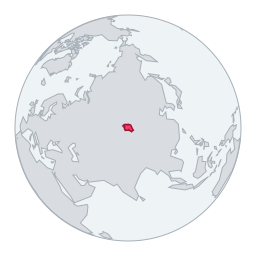 the Earth from above Govi-Altay, rotated 325°
{"feature_id": "MNG-3319", "entity_name": "Govi-Altay", "entity_type": "Province", "adm_level": 1, "iso_a3": "MNG", "parent_name": "Mongolia", "parent_adm1": "", "projection": "orthographic", "projection_center": [95.669, 45.25], "detail": "fine", "context": "on_globe", "style": "filled", "palette": "rose", "viewbox_px": 256, "rotation_deg": 325, "n_neighbors": 0, "source": "natural_earth", "source_scale": "10m", "svg_char_len": 12478}
<svg xmlns="http://www.w3.org/2000/svg" viewBox="0 0 256 256"><g transform="rotate(325 128 128)"><circle cx="128" cy="128" r="113" fill="#eef3f6" stroke="#a8b0b8"/><path d="M183.2,29.8L183.3,30.0L176.6,28.3L175.5,27.1L174.0,27.1L175.4,28.6L176.6,29.6L173.4,33.4L176.7,40.9L181.3,44.1L177.6,43.0L188.6,50.0L192.7,55.8L185.9,48.8L183.5,47.8L185.2,51.4L183.1,51.1L182.8,52.8L180.2,52.3L176.4,48.6L174.6,48.3L175.9,50.8L174.1,52.2L172.5,48.4L169.2,50.4L162.3,45.1L160.0,36.4L154.0,34.0L146.0,26.8L144.6,27.5L140.6,25.6L137.5,25.7L136.9,24.6L134.9,25.8L136.1,26.8L135.6,27.7L133.9,28.0L132.8,26.5L133.5,26.1L132.3,25.9L132.5,25.1L131.4,25.6L130.3,23.9L128.8,26.0L125.8,25.1L125.7,23.9L129.1,23.4L137.4,20.4L138.4,19.5L136.5,18.4L125.7,17.2L125.4,16.6L122.6,16.2L121.2,16.6L122.9,17.2L119.6,18.1L122.1,18.9L121.1,19.5L122.3,20.8L118.5,21.3L114.1,21.2L112.9,20.2L111.0,20.2L109.2,21.8L104.1,21.0L95.8,22.4L94.9,22.3L98.4,20.4L105.8,18.4L110.4,16.9L103.7,18.6L101.5,18.7L99.6,19.1L97.6,19.7L97.0,20.1L95.5,20.4L101.5,18.5L102.9,18.2L101.0,18.7L104.5,17.9L107.2,17.3L115.8,16.0L124.5,15.4L133.3,15.5L142.0,16.2L150.6,17.6L159.1,19.7L167.4,22.5L175.4,25.8L183.2,29.8ZM229.0,78.1L228.2,76.8L228.1,76.3L229.0,78.1ZM228.2,76.8L228.3,77.1L228.2,76.8ZM228.4,77.4L228.2,77.0L228.5,77.6L228.4,77.4ZM228.8,78.4L228.5,77.8L228.8,78.4ZM229.0,79.4L229.1,79.6L228.7,78.9L229.0,79.4ZM177.5,30.2L175.6,28.7L175.1,27.5L177.0,28.8L177.5,30.2ZM178.1,33.0L176.6,32.0L178.4,31.8L178.7,32.4L178.1,33.0ZM185.1,46.7L183.9,44.9L185.7,46.7L185.1,46.7ZM183.2,53.2L184.2,53.8L183.6,54.4L183.2,53.2ZM124.3,20.5L123.4,20.7L123.6,20.3L124.3,20.5ZM125.8,21.0L126.8,20.5L127.7,20.7L127.0,21.0L125.8,21.0ZM179.0,54.3L177.7,55.3L178.4,53.6L179.0,54.3ZM124.3,21.6L129.1,21.1L130.5,21.4L129.3,22.8L124.3,21.6ZM176.5,55.4L173.5,58.0L175.4,59.5L168.2,56.8L173.2,55.4L173.7,53.1L174.8,54.8L176.5,55.4ZM137.2,27.0L135.9,25.9L138.6,26.6L137.2,27.0ZM139.0,27.3L148.0,28.6L149.0,30.5L145.8,29.6L148.5,32.1L144.6,32.3L142.3,31.0L142.3,29.7L140.8,30.9L139.0,27.3ZM164.8,55.1L163.5,55.2L164.1,54.4L164.8,55.1ZM135.6,28.1L137.3,28.2L138.4,29.8L135.1,30.1L135.8,29.4L135.6,28.1ZM151.1,32.7L151.3,34.0L148.2,34.6L147.8,35.2L144.6,32.5L151.1,32.7ZM134.7,29.2L133.4,30.2L131.4,29.7L134.0,28.3L134.7,29.2ZM140.0,30.1L140.3,31.0L139.1,30.6L140.0,30.1ZM123.3,28.8L125.4,28.7L126.1,29.5L123.3,28.8ZM133.1,30.6L133.8,30.8L134.3,31.1L133.1,31.7L133.1,30.6ZM142.6,33.2L141.3,33.2L143.8,34.3L141.6,34.9L139.8,33.0L139.7,34.1L139.0,34.3L138.3,32.6L142.6,33.2ZM133.4,33.3L130.4,31.4L126.4,31.4L125.7,30.7L132.1,30.7L133.4,33.3ZM136.3,33.0L134.3,33.0L134.4,32.0L135.8,31.4L136.3,33.0ZM140.7,36.0L144.6,35.6L144.8,36.0L140.7,36.0ZM132.2,33.5L133.0,34.0L131.9,33.6L132.2,33.5ZM138.1,35.4L139.4,35.2L139.7,35.7L138.1,35.4ZM133.4,35.2L132.4,34.6L133.3,34.1L133.4,35.2ZM135.5,35.5L135.5,36.2L134.2,34.3L136.1,35.3L135.5,35.5ZM138.1,35.9L138.7,36.2L137.5,36.0L138.1,35.9ZM130.4,37.6L128.5,35.3L130.6,34.1L132.1,36.5L130.4,37.6ZM30.5,71.5L31.5,69.9L38.5,68.6L36.8,73.4L38.7,84.1L38.3,86.4L34.7,89.3L33.4,104.1L37.0,103.4L39.2,114.4L42.8,119.5L50.1,113.2L44.2,104.7L46.5,99.2L54.0,102.7L59.7,110.5L60.8,108.7L60.0,100.7L64.2,99.7L60.1,97.7L59.6,100.6L57.0,99.6L57.3,97.0L58.8,96.6L57.9,93.7L51.1,96.4L49.9,99.6L45.8,94.6L43.4,99.5L41.2,99.6L44.5,91.3L46.4,89.5L50.0,78.5L47.7,79.7L44.1,90.4L43.9,88.4L40.7,90.6L43.0,87.3L47.6,75.8L45.8,71.2L38.5,71.9L38.5,69.0L40.8,64.3L48.5,58.7L47.6,65.8L50.3,64.3L54.8,59.0L54.2,61.8L55.9,60.6L56.0,63.3L60.4,63.8L61.1,66.3L66.9,63.6L68.1,64.6L64.3,65.8L62.1,68.2L64.4,74.8L66.1,75.2L69.7,73.0L69.8,75.3L73.0,72.3L76.4,75.2L75.0,69.4L79.1,67.1L83.4,67.4L84.5,65.7L77.6,65.2L75.1,66.0L73.3,68.3L66.2,70.1L64.5,68.5L71.0,63.0L69.3,60.3L75.1,57.6L90.2,60.0L94.4,62.8L92.8,72.5L89.5,73.1L88.4,69.9L85.6,75.2L87.6,73.6L87.8,75.6L91.8,74.2L92.1,75.6L95.5,72.1L96.3,73.6L94.2,75.8L100.8,75.5L103.7,78.4L105.0,77.7L105.7,76.1L108.8,81.0L109.7,80.3L109.0,78.4L110.3,75.8L113.7,73.2L114.6,75.0L113.5,76.2L112.5,81.6L109.3,84.6L110.0,85.2L113.0,82.9L114.2,76.3L116.1,74.3L116.0,77.3L116.1,76.1L117.3,75.6L119.4,77.0L119.7,73.6L131.6,67.4L136.7,69.7L135.3,72.9L144.6,71.3L149.6,74.5L148.9,72.7L152.9,71.0L151.4,69.9L151.4,69.0L161.0,64.8L163.9,65.5L167.3,62.2L167.0,61.3L165.0,60.6L168.2,56.8L175.4,59.5L175.8,61.3L180.0,62.0L180.3,66.1L182.5,70.0L180.4,74.5L182.3,77.5L183.7,77.4L187.4,81.6L190.1,90.7L181.6,83.4L176.4,71.0L178.0,75.9L175.7,74.9L175.1,76.9L176.4,80.5L177.7,80.8L170.1,88.3L169.3,98.9L174.0,97.2L177.4,99.5L180.6,111.4L173.7,129.5L178.2,133.8L178.8,137.1L175.6,139.9L174.7,135.1L171.0,134.1L171.0,131.1L165.6,134.5L165.3,130.4L161.2,135.2L163.3,138.1L168.2,136.5L164.8,142.8L170.4,147.4L171.5,153.8L163.9,166.5L155.3,171.0L154.9,173.0L151.3,171.1L146.8,175.3L153.9,185.2L153.8,188.1L146.4,194.2L146.1,192.1L136.5,187.2L134.9,194.1L142.2,199.3L144.8,205.3L139.2,203.7L136.6,198.3L133.2,196.4L134.0,190.6L130.8,181.4L125.2,182.9L125.5,179.2L120.3,170.9L112.2,172.5L99.3,180.5L97.8,189.5L93.3,192.3L87.2,177.4L86.9,167.7L83.2,167.4L78.2,157.0L65.2,150.1L64.7,147.0L61.9,146.7L58.6,141.7L58.5,136.6L55.8,135.0L56.7,148.4L59.7,150.1L64.1,148.2L63.6,152.3L67.0,157.9L58.3,162.7L41.2,158.5L41.8,151.2L41.0,124.9L42.4,123.2L42.5,123.0L42.6,122.5L40.1,124.7L40.8,119.8L38.7,136.7L37.3,142.7L40.9,158.7L40.0,159.1L41.8,163.1L50.7,167.2L50.2,169.3L44.6,175.6L34.4,178.5L37.1,187.7L38.7,193.4L35.4,191.5L38.8,196.7L38.0,195.8L33.4,189.2L29.3,182.3L25.7,175.1L22.6,167.7L20.0,160.0L18.0,152.2L16.6,144.3L15.5,133.9L15.8,129.5L15.9,125.3L15.7,122.4L16.1,117.5L16.2,115.2L16.5,111.9L18.1,103.5L20.3,95.1L23.1,87.0L26.5,79.1L30.5,71.5ZM32.4,72.4L31.3,73.6L32.4,72.4ZM63.3,123.3L68.3,127.6L70.2,120.5L72.3,121.7L72.2,118.9L70.3,120.0L70.7,112.9L74.3,113.1L75.8,110.4L74.2,108.8L67.5,109.7L66.9,119.7L64.0,121.0L63.3,123.3ZM101.2,18.8L100.7,19.0L98.5,19.5L99.4,19.2L101.2,18.8ZM90.1,23.0L87.9,23.4L90.0,22.8L90.8,22.3L96.2,20.5L94.7,22.2L94.4,21.6L90.1,23.0ZM103.0,19.0L99.8,19.7L103.4,18.9L103.0,19.0ZM65.3,52.5L64.0,54.3L61.9,54.8L61.0,52.3L64.0,51.5L65.3,52.5ZM62.5,56.8L69.2,52.4L70.0,54.0L68.4,53.8L68.3,55.3L65.7,55.4L60.0,61.5L57.7,62.4L57.3,56.9L58.6,58.1L59.9,56.2L62.5,56.8ZM84.8,40.6L87.7,39.3L85.8,44.3L83.3,44.9L82.2,42.3L84.5,40.0L84.8,40.6ZM121.2,24.5L122.4,24.1L122.7,24.4L121.9,25.1L121.2,24.5ZM124.2,28.7L116.1,26.7L117.1,26.1L111.1,26.0L111.4,24.4L115.3,24.5L111.0,23.4L114.6,22.8L111.5,22.3L120.1,22.6L123.1,22.2L119.6,23.2L119.2,24.6L120.0,25.1L124.4,26.4L130.9,26.5L131.5,28.2L130.3,29.3L128.8,29.5L128.9,28.4L126.9,29.5L125.8,28.0L124.2,28.7ZM115.2,44.8L115.9,42.8L111.8,45.9L110.7,43.9L110.3,44.4L108.1,43.5L104.9,43.4L104.9,42.4L103.6,42.7L102.1,42.3L100.4,42.5L99.8,40.8L97.6,41.0L98.5,40.1L94.9,41.0L97.3,39.6L95.7,39.0L94.2,40.6L95.2,32.2L93.7,30.1L91.2,29.1L95.7,27.2L101.0,27.0L105.9,28.1L106.7,30.6L108.6,29.4L109.5,30.3L107.6,30.9L111.1,30.6L111.3,31.5L115.8,33.2L120.6,32.5L122.3,33.2L120.6,33.9L123.5,34.2L121.4,36.1L122.6,36.7L121.6,39.3L117.5,40.6L119.2,41.2L118.6,43.4L115.2,44.8ZM130.0,38.3L125.4,40.0L122.5,39.9L125.3,35.4L124.5,34.6L126.2,31.9L130.4,32.3L129.5,33.0L129.6,33.7L128.3,33.3L129.4,34.2L128.3,35.3L128.9,36.3L127.2,36.6L130.0,38.3ZM40.0,86.6L40.2,88.0L40.8,89.7L38.8,91.2L40.0,86.6ZM43.0,78.7L43.4,79.5L40.9,82.2L40.8,80.9L43.0,78.7ZM45.8,77.7L43.6,79.3L44.7,77.6L45.8,77.7ZM64.9,66.5L65.6,67.4L64.9,68.1L63.5,68.4L64.9,66.5ZM102.8,54.4L103.6,53.1L104.4,53.2L107.8,51.2L108.9,52.6L107.2,54.4L102.8,54.4ZM47.9,113.2L45.6,113.2L45.6,111.7L46.4,112.0L47.9,113.2ZM41.0,101.8L41.6,105.5L40.5,102.2L41.0,101.8ZM104.6,55.6L105.9,54.6L105.6,56.0L104.6,55.6ZM109.9,53.6L109.9,55.0L109.5,52.6L109.9,53.6ZM50.9,203.2L51.4,209.4L48.0,206.5L45.3,203.0L43.7,198.3L47.0,199.8L48.1,198.4L50.9,203.2ZM171.9,213.6L175.1,213.1L174.9,213.4L171.9,213.6ZM168.7,213.3L172.3,212.5L168.0,214.2L168.7,213.3ZM173.7,212.2L177.4,210.6L179.0,209.6L178.7,210.3L173.7,212.2ZM166.2,213.9L152.4,216.1L146.8,215.7L148.2,214.4L157.1,213.7L166.2,213.9ZM147.7,214.4L139.2,211.4L127.3,200.1L131.6,200.4L144.0,207.0L143.2,208.2L148.4,210.8L147.7,214.4ZM168.2,204.8L167.3,208.3L159.7,209.4L156.3,209.4L153.9,205.3L155.2,202.8L158.1,202.5L168.9,192.3L172.7,193.6L169.5,197.8L172.6,200.2L168.2,204.8ZM98.3,190.4L100.9,196.2L98.4,196.5L98.3,190.4ZM173.1,185.3L168.9,190.1L172.6,184.1L173.1,185.3ZM175.2,179.8L175.6,181.7L173.7,180.2L175.2,179.8ZM155.0,175.9L152.0,176.7L151.8,175.2L155.6,173.3L155.0,175.9ZM172.4,159.2L172.7,163.8L172.3,165.5L170.7,163.1L172.4,159.2ZM115.6,67.9L109.6,68.9L106.0,70.9L105.0,73.9L103.7,70.3L109.3,67.1L115.6,67.9ZM129.5,67.2L130.3,64.8L131.7,65.7L131.7,66.3L129.5,67.2ZM128.8,65.8L126.5,63.2L128.1,61.8L129.6,64.1L128.8,65.8ZM115.3,59.0L113.5,59.2L113.7,58.0L115.3,59.0ZM190.8,221.5L190.8,221.4L188.5,223.0L191.5,220.9L187.8,223.4L187.2,223.4L184.0,224.9L163.1,234.1L158.9,235.0L160.8,233.8L158.7,231.3L160.1,231.1L160.3,228.6L173.1,222.9L182.6,214.6L188.8,212.6L194.0,206.2L200.1,203.5L197.7,207.9L203.3,206.4L208.8,196.4L210.5,201.7L213.4,200.6L212.2,202.8L205.6,209.6L198.5,215.9L190.8,221.5ZM230.8,174.1L230.6,174.5L230.8,174.1ZM230.6,174.3L231.2,173.0L230.9,173.8L230.6,174.3ZM229.1,174.8L229.5,173.9L229.1,174.8ZM179.7,211.7L184.2,208.0L186.5,206.9L179.7,211.7ZM228.7,174.7L227.8,175.9L228.0,175.3L228.7,174.7ZM229.0,173.5L228.9,173.0L229.3,173.7L229.0,173.5ZM227.3,174.5L228.3,174.1L227.1,174.8L227.3,174.5ZM226.5,175.5L225.7,176.1L225.7,175.8L226.5,175.5ZM215.3,187.0L218.7,187.6L215.7,190.2L212.4,190.5L209.2,194.7L202.5,198.5L204.2,196.1L203.4,194.4L196.1,197.1L194.6,196.3L197.3,194.0L192.4,194.9L197.8,191.8L200.0,194.0L203.0,190.0L208.0,187.8L212.7,185.8L216.2,185.4L215.3,187.0ZM197.6,198.8L198.6,198.3L197.7,199.6L197.6,198.8ZM224.0,176.3L225.3,176.3L225.1,176.9L224.4,177.4L224.0,176.3ZM217.1,184.2L221.0,178.5L221.8,177.8L219.2,182.8L217.1,184.2ZM220.2,177.6L221.9,176.5L222.7,177.1L222.3,177.8L220.2,177.6ZM186.5,200.6L186.2,201.5L184.8,201.3L186.5,200.6ZM188.4,199.3L192.7,198.6L188.0,200.2L188.4,199.3ZM174.7,200.5L176.1,202.3L180.3,199.7L177.1,202.6L179.8,205.2L178.8,206.7L176.1,203.9L175.0,207.9L173.1,208.4L172.1,205.4L174.1,200.8L176.0,198.5L183.6,195.6L174.7,200.5ZM188.4,196.8L187.2,194.6L188.1,192.6L189.4,193.5L188.4,196.8ZM183.6,189.4L180.3,187.2L177.4,189.3L183.1,183.0L185.3,186.2L183.6,189.4ZM180.6,183.1L177.9,185.1L180.6,181.6L180.6,183.1ZM177.1,184.1L176.7,181.9L178.9,181.6L177.1,184.1ZM182.0,182.8L182.2,178.7L183.5,180.7L182.0,182.8ZM175.4,176.8L180.3,179.5L174.1,179.4L173.2,171.6L175.8,170.7L175.4,176.8ZM185.5,138.7L184.5,136.3L186.6,135.0L186.7,136.9L185.5,138.7ZM192.7,129.0L186.9,133.9L182.1,138.0L183.9,138.6L183.4,143.3L180.3,140.1L183.2,134.1L186.9,131.8L186.8,127.9L189.2,124.3L187.7,120.0L188.5,117.5L191.0,120.8L192.7,129.0ZM186.8,118.2L185.0,110.1L189.4,109.5L190.7,111.2L189.7,115.1L187.5,115.1L186.8,118.2ZM185.9,108.0L183.7,108.1L176.4,97.6L176.0,95.3L183.8,102.6L182.2,103.1L183.2,105.9L185.9,108.0ZM164.2,56.1L163.5,55.3L164.8,55.7L164.2,56.1ZM150.5,68.4L150.7,67.2L152.2,67.6L150.5,68.4ZM152.0,64.0L150.2,64.4L151.8,63.2L152.0,64.0ZM146.2,65.5L149.3,64.2L146.9,66.6L146.2,65.5Z" fill="#d9dde1" stroke="#a8b0b8" stroke-width="1"/><path d="M124.7,128.5L124.5,128.4L124.4,128.4L124.5,127.8L124.5,127.6L124.5,127.1L124.7,126.9L124.8,126.9L124.8,126.7L125.0,126.1L125.2,125.9L125.2,125.7L125.1,125.4L125.3,125.4L125.5,125.3L125.6,125.2L126.0,125.0L126.1,124.9L126.1,124.7L125.9,124.4L125.8,124.2L125.7,124.0L125.5,123.9L125.3,123.6L125.2,123.5L125.1,123.4L125.4,123.3L125.6,123.2L125.8,123.1L126.0,123.0L126.3,123.1L126.5,123.2L126.8,123.2L127.0,123.2L127.1,123.3L127.3,123.5L127.4,123.4L127.7,123.4L127.8,123.5L128.0,123.6L128.6,124.0L128.8,124.3L128.9,124.5L129.0,124.8L129.4,124.7L129.5,124.7L129.6,124.8L129.6,125.0L129.8,125.2L129.8,125.3L130.0,125.3L130.3,125.2L130.5,125.2L130.6,125.3L130.7,125.6L130.7,125.8L130.8,125.9L130.9,126.0L131.1,126.2L131.2,126.3L131.3,126.3L131.7,126.8L131.8,127.0L131.9,127.5L131.7,128.3L131.6,128.5L131.6,128.9L131.6,129.1L131.6,129.3L131.5,129.5L131.4,129.5L131.2,129.6L131.2,129.9L131.3,130.4L131.2,131.0L131.2,131.3L131.1,131.6L131.1,131.8L131.1,132.9L130.7,132.9L130.2,132.8L129.7,132.9L129.2,132.9L129.0,133.0L129.0,132.9L129.0,132.7L128.9,132.6L128.3,132.0L128.3,131.9L128.2,131.7L128.0,131.2L127.9,130.7L127.7,130.5L127.5,130.4L127.5,130.2L127.6,129.9L127.1,130.0L127.0,129.9L126.9,129.9L126.7,129.8L126.6,129.7L126.3,129.5L126.2,129.5L126.1,129.4L125.9,129.2L125.7,129.2L125.3,128.7L125.2,128.7L124.9,128.5L124.7,128.5L124.7,128.5Z" fill="#f43f5e" stroke="#9f1239" stroke-width="1.5"/></g></svg>